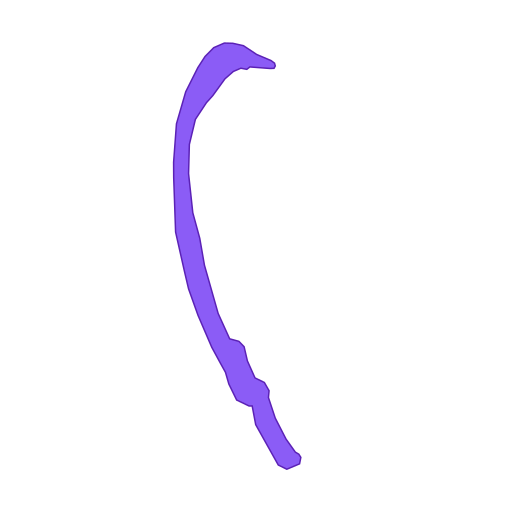 the district of Ettal, Federated States of Micronesia, rotated 163°
{"feature_id": "79324940B18829074085609", "entity_name": "Ettal", "entity_type": "district", "adm_level": 2, "iso_a3": "FSM", "parent_name": "Federated States of Micronesia", "parent_adm1": "", "projection": "equal_earth", "projection_center": [153.583, 5.578], "detail": "fine", "context": "isolated", "style": "filled", "palette": "violet", "viewbox_px": 512, "rotation_deg": 163, "n_neighbors": 0, "source": "geoboundaries", "source_scale": "gbopen_adm2", "svg_char_len": 870}
<svg xmlns="http://www.w3.org/2000/svg" viewBox="0 0 512 512"><g transform="rotate(163 256 256)"><path d="M250.3,422.1L233.9,434.5L223.7,439.1L215.6,440.0L210.2,437.2L206.6,438.6L187.7,431.2L183.9,430.2L182.0,432.1L181.9,435.0L184.4,438.4L196.5,448.6L206.5,460.8L216.0,466.2L224.1,468.9L235.5,467.6L246.4,461.7L256.5,453.2L275.2,433.6L293.4,405.7L307.4,369.7L311.8,355.0L325.9,302.4L328.9,262.5L330.1,244.3L328.8,216.2L325.0,181.7L321.3,163.5L319.2,153.7L319.4,141.5L316.6,123.9L306.5,114.6L303.5,113.7L305.6,94.8L295.8,49.6L288.9,43.1L275.1,44.5L272.0,50.3L273.0,54.0L275.7,56.9L280.8,72.1L285.0,95.4L285.5,117.0L282.9,123.3L285.0,132.6L292.6,139.7L294.9,158.2L293.9,172.7L297.3,179.4L305.4,184.5L309.0,212.1L308.0,262.2L304.6,289.4L303.8,315.8L296.4,354.5L287.1,382.2L274.0,404.4L258.6,417.1L250.3,422.1Z" fill="#8b5cf6" stroke="#5b21b6" stroke-width="1.5"/></g></svg>